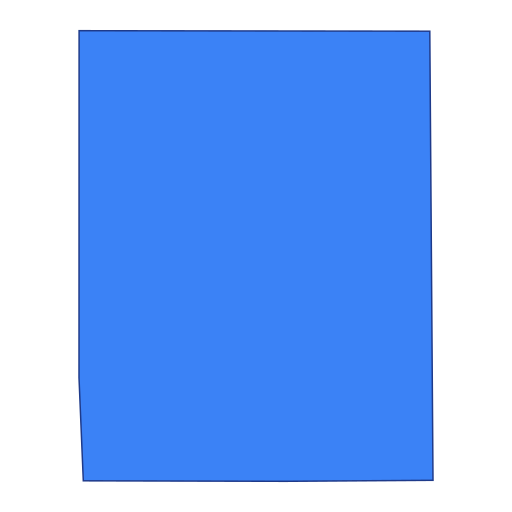 Davison, South Dakota, United States of America (Equal Earth projection)
{"feature_id": "52423323B35289781006587", "entity_name": "Davison", "entity_type": "district", "adm_level": 2, "iso_a3": "USA", "parent_name": "United States of America", "parent_adm1": "South Dakota", "projection": "equal_earth", "projection_center": [-98.192, 43.675], "detail": "fine", "context": "isolated", "style": "filled", "palette": "blue", "viewbox_px": 512, "rotation_deg": 0, "n_neighbors": 0, "source": "geoboundaries", "source_scale": "gbopen_adm2", "svg_char_len": 209}
<svg xmlns="http://www.w3.org/2000/svg" viewBox="0 0 512 512"><path d="M79.1,30.7L79.0,377.6L83.3,480.8L285.5,481.3L433.0,480.3L429.8,31.2L79.1,30.7Z" fill="#3b82f6" stroke="#1e3a8a" stroke-width="1.5"/></svg>